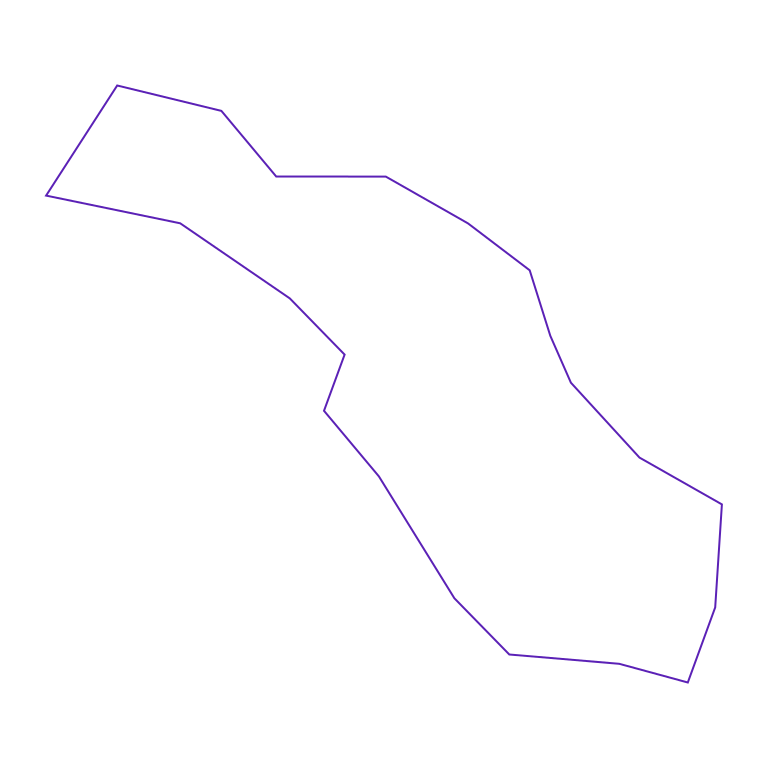 outline of Zvečan
{"feature_id": "KOS-5892", "entity_name": "Zvečan", "entity_type": "District", "adm_level": 1, "iso_a3": "XKX", "parent_name": "Kosovo", "parent_adm1": "", "projection": "albers", "projection_center": [20.754, 42.971], "detail": "fine", "context": "isolated", "style": "outline", "palette": "violet", "viewbox_px": 768, "rotation_deg": 0, "n_neighbors": 0, "source": "natural_earth", "source_scale": "10m", "svg_char_len": 388}
<svg xmlns="http://www.w3.org/2000/svg" viewBox="0 0 768 768"><path d="M46.1,195.6L117.2,85.5L221.4,110.9L276.2,176.5L385.8,176.6L468.0,223.4L529.7,270.3L550.3,335.8L570.9,382.7L639.5,457.6L721.9,504.4L715.2,607.4L687.8,682.5L619.2,663.8L509.3,654.5L454.4,598.3L378.9,476.4L324.0,410.8L344.6,354.6L289.8,298.4L180.2,223.3L46.1,195.6Z" fill="none" stroke="#5b21b6" stroke-width="2"/></svg>